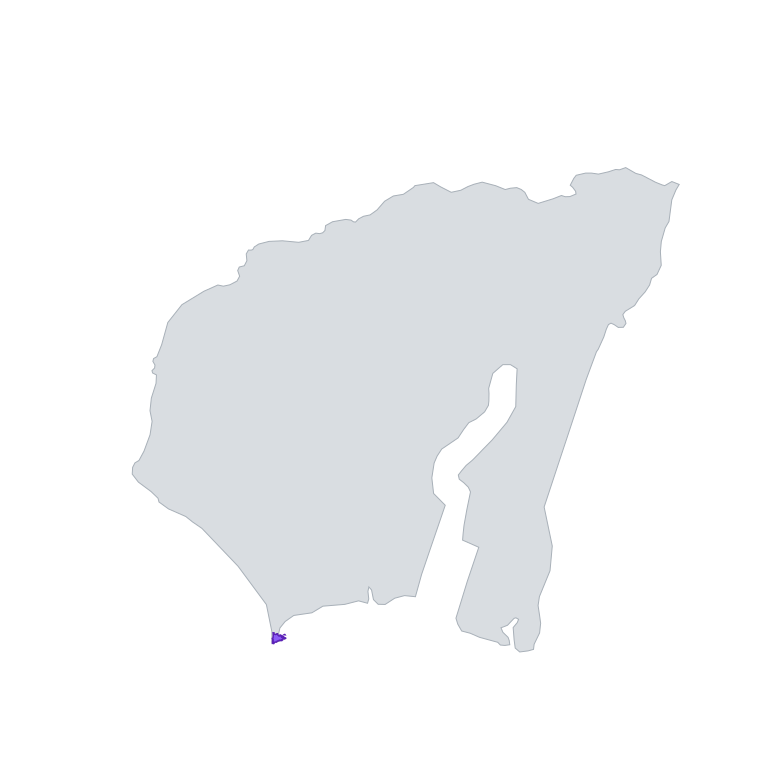 Dakar, Dakar, Senegal (highlighted), rotated 288°
{"feature_id": "50182788B18539004609148", "entity_name": "Dakar", "entity_type": "district", "adm_level": 2, "iso_a3": "SEN", "parent_name": "Senegal", "parent_adm1": "Dakar", "projection": "robinson", "projection_center": [-17.439, 14.712], "detail": "fine", "context": "in_parent", "style": "filled", "palette": "violet", "viewbox_px": 768, "rotation_deg": 288, "n_neighbors": 0, "source": "geoboundaries", "source_scale": "gbopen_adm2", "svg_char_len": 6211}
<svg xmlns="http://www.w3.org/2000/svg" viewBox="0 0 768 768"><g transform="rotate(288 384 384)"><path d="M582.2,352.1L590.8,368.9L589.0,376.9L587.1,388.7L592.0,397.2L597.7,402.8L601.8,407.9L606.3,415.0L607.1,429.0L606.4,439.2L609.3,443.8L611.8,449.6L611.4,454.4L609.8,458.7L604.3,464.3L603.4,474.8L612.4,487.6L618.1,494.5L618.1,498.5L619.7,502.9L624.0,507.9L626.5,506.7L629.4,502.6L630.6,499.7L638.3,501.0L641.9,502.3L646.9,510.6L648.7,516.2L649.9,523.1L655.1,531.8L659.6,538.0L660.5,541.8L664.5,547.0L662.1,558.4L662.4,564.3L659.8,579.8L659.3,587.1L659.4,589.7L665.5,595.2L665.0,603.1L658.8,601.7L648.1,600.8L626.6,604.8L619.3,603.2L605.2,603.7L595.2,606.0L582.5,611.0L572.6,609.8L567.2,605.8L560.2,606.0L552.3,603.9L543.8,600.1L536.1,598.1L527.7,591.0L523.8,589.7L521.1,591.6L518.8,593.9L516.4,595.4L511.9,594.1L510.2,589.3L511.6,584.6L512.0,581.1L509.9,579.1L504.8,578.5L496.6,578.5L483.3,577.0L480.3,576.1L450.7,574.9L420.0,574.8L394.0,574.7L361.1,574.5L338.0,574.4L316.5,574.3L299.9,583.8L281.9,594.1L257.7,599.6L229.8,597.5L220.9,599.0L211.7,603.6L204.9,606.9L195.3,608.9L182.9,607.2L177.8,608.2L174.7,603.5L171.1,595.9L173.4,590.4L180.9,586.8L192.3,582.1L198.3,584.5L201.8,584.7L202.4,581.7L201.3,580.1L192.7,576.0L188.3,570.6L184.6,573.8L181.4,580.3L178.8,582.3L174.9,584.2L172.7,579.7L171.7,575.3L173.5,572.0L172.6,553.1L173.6,543.0L173.1,534.2L178.4,528.4L183.5,524.8L203.5,524.5L222.0,524.2L239.8,524.4L258.0,524.6L259.8,507.0L265.6,505.6L274.2,503.8L290.2,501.6L308.1,499.6L311.9,496.1L314.8,490.3L316.7,485.0L320.4,482.8L325.4,484.6L332.0,487.3L338.8,491.6L346.6,495.5L351.8,498.0L364.3,504.2L385.6,512.8L403.2,516.3L424.4,510.0L439.6,505.9L441.5,498.3L439.1,491.0L427.7,484.2L412.2,484.9L407.4,486.8L400.2,489.0L395.9,489.9L388.6,488.3L379.3,482.5L373.4,476.6L365.3,473.8L355.6,471.1L340.0,459.0L331.9,456.8L324.3,456.1L309.5,458.5L295.2,465.0L287.6,479.7L273.2,479.5L242.7,479.0L214.6,478.6L191.4,479.6L189.1,468.9L183.6,460.4L174.7,453.2L172.7,446.5L175.7,440.6L184.3,435.8L186.3,432.3L181.8,432.8L174.9,435.9L170.4,436.1L169.9,426.8L162.3,414.8L153.8,394.5L144.1,386.1L136.0,369.7L127.6,363.4L119.8,360.4L113.2,361.0L110.7,368.5L102.5,357.7L113.8,353.9L137.9,340.3L165.6,301.5L190.4,255.5L193.6,244.7L196.7,236.5L198.6,217.7L202.2,206.5L205.5,204.4L209.7,195.8L214.8,180.7L220.5,172.4L227.0,170.7L232.0,171.5L235.6,174.6L246.0,176.5L263.4,177.2L276.8,175.0L286.3,169.7L298.7,167.1L314.1,167.0L322.3,164.8L323.0,160.5L325.0,159.2L328.3,160.9L331.3,160.3L334.1,157.2L337.0,157.0L339.8,159.6L352.7,160.4L375.7,159.4L397.0,167.3L416.6,184.1L426.8,195.4L427.4,201.0L430.7,206.7L436.5,212.4L441.9,213.4L446.7,209.8L450.5,210.2L453.3,214.6L458.9,215.5L465.1,212.8L469.5,213.7L470.3,216.3L471.3,217.7L474.3,218.3L478.4,221.6L484.1,230.6L488.8,243.1L492.4,259.1L497.2,267.8L503.0,269.2L506.4,272.5L507.1,276.3L508.8,278.9L511.7,280.4L516.6,279.5L522.4,284.9L528.7,296.7L529.7,302.0L528.8,304.8L529.2,306.9L533.3,308.9L537.2,312.7L540.5,318.5L547.4,323.6L558.0,328.1L565.7,334.8L570.4,343.8L580.1,351.3L582.2,352.1Z" fill="#d9dde1" stroke="#a8b0b8" stroke-width="1"/><path d="M112.6,358.8L112.5,358.5L112.4,358.3L112.3,358.2L112.2,358.1L112.2,357.9L112.2,357.6L112.1,356.9L112.4,356.7L112.6,356.6L112.9,356.3L113.0,356.3L113.2,356.1L113.3,356.1L113.1,355.4L112.7,355.6L112.3,355.8L112.0,355.8L111.9,355.9L111.6,356.0L111.4,356.1L111.1,356.2L110.8,356.3L110.5,356.4L110.2,356.5L109.9,356.5L109.2,356.7L108.9,356.7L108.8,356.8L108.6,356.9L108.3,356.9L108.0,356.9L107.8,356.7L107.7,356.6L107.4,356.5L107.4,356.4L107.2,356.4L107.1,356.5L106.9,356.8L106.8,357.1L106.7,357.2L106.7,357.3L106.6,357.5L106.4,357.4L106.4,357.6L106.2,357.7L106.0,357.8L105.9,357.8L105.8,357.7L105.7,357.6L105.6,357.4L105.5,357.5L105.5,357.8L105.5,358.1L105.4,357.9L105.2,357.6L104.8,357.6L104.7,357.8L104.8,358.2L104.6,358.2L104.4,358.2L104.2,358.1L104.0,358.3L103.9,358.4L103.8,358.5L103.7,358.5L103.6,358.4L103.5,358.2L103.4,358.0L103.1,358.0L103.0,358.4L102.9,358.5L102.9,358.9L102.9,359.0L103.1,359.3L103.2,359.2L103.4,359.2L103.5,359.2L103.8,359.3L104.1,359.5L104.3,359.7L104.5,359.8L104.8,360.1L105.0,360.4L105.1,360.5L105.2,360.8L105.2,361.0L105.2,361.3L105.3,361.4L105.4,361.5L105.5,361.6L105.8,361.7L105.9,361.8L106.0,361.9L106.3,361.8L106.5,361.9L106.6,362.0L106.6,362.3L106.6,362.5L106.9,362.8L107.0,362.9L107.1,363.0L107.4,363.2L107.5,363.4L107.6,363.5L107.8,363.7L108.0,363.7L108.0,363.9L107.9,363.9L107.8,364.0L107.7,364.1L107.8,364.3L107.9,364.6L108.0,364.6L108.2,364.8L108.3,365.0L108.3,365.5L108.3,365.9L108.3,366.0L108.5,366.2L108.8,366.1L109.0,366.1L109.1,365.9L109.2,365.7L109.3,365.8L109.3,366.0L109.5,366.2L109.5,366.3L109.7,366.2L109.9,366.2L110.0,366.3L110.3,366.4L110.4,366.5L110.5,366.6L110.5,366.8L110.8,367.0L110.7,367.6L110.8,367.7L110.8,367.8L111.2,367.9L111.2,368.0L111.4,368.1L111.5,368.4L111.5,368.8L111.7,369.0L111.8,369.1L112.0,369.0L112.1,368.7L112.0,368.3L111.9,368.3L111.8,368.1L111.7,367.9L111.8,367.6L111.9,367.4L112.0,367.1L112.4,366.8L112.6,366.7L112.9,366.5L112.9,366.4L112.9,366.2L112.7,366.2L112.7,366.4L112.6,366.2L112.5,366.4L112.4,366.3L112.3,366.2L112.4,365.9L112.2,366.0L112.2,366.3L112.0,366.2L111.9,366.1L112.0,365.7L111.9,365.6L111.9,365.4L111.8,365.2L111.7,365.2L111.5,364.8L111.6,364.7L112.1,364.7L112.3,364.5L112.5,364.8L112.5,365.0L112.5,365.3L112.6,365.2L112.8,365.0L112.8,365.3L112.7,365.6L112.8,365.6L113.0,365.5L113.0,365.3L113.0,365.2L113.0,364.9L112.9,364.9L112.8,364.7L112.7,364.6L112.4,364.3L112.4,364.2L112.5,363.9L112.8,363.8L112.8,363.7L112.9,363.4L113.0,363.4L113.3,363.3L113.3,363.1L113.2,362.8L113.1,362.7L112.9,362.8L112.7,362.8L112.6,362.7L112.4,362.7L112.2,362.7L112.0,362.4L112.0,362.2L111.9,362.0L111.9,361.7L112.0,361.5L112.1,361.3L112.2,361.1L112.4,360.8L112.5,360.6L112.8,360.4L113.0,360.3L113.1,360.2L113.3,360.2L113.5,360.0L113.6,359.9L113.5,359.6L113.0,360.0L113.0,359.9L112.9,359.9L112.9,359.7L112.8,359.4L112.8,359.1L112.7,358.9L112.6,358.8ZM114.9,366.5L114.8,366.8L114.9,367.0L115.0,367.2L115.0,367.3L115.1,367.2L115.1,366.9L114.9,366.7L114.9,366.8L114.9,366.7L114.9,366.5ZM104.6,357.5L104.4,357.5L104.2,357.6L104.2,357.8L104.2,357.7L104.3,357.7L104.5,357.8L104.6,357.7L104.6,357.5Z" fill="#8b5cf6" stroke="#5b21b6" stroke-width="1.5"/></g></svg>